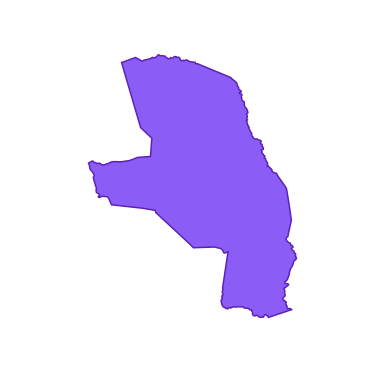 outline of Talanga, Francisco Morazán, Honduras, rotated 68°
{"feature_id": "27666195B86037952896272", "entity_name": "Talanga", "entity_type": "district", "adm_level": 2, "iso_a3": "HND", "parent_name": "Honduras", "parent_adm1": "Francisco Morazán", "projection": "natural_earth1", "projection_center": [-87.046, 14.389], "detail": "fine", "context": "isolated", "style": "filled", "palette": "violet", "viewbox_px": 384, "rotation_deg": 68, "n_neighbors": 0, "source": "geoboundaries", "source_scale": "gbopen_adm2", "svg_char_len": 6011}
<svg xmlns="http://www.w3.org/2000/svg" viewBox="0 0 384 384"><g transform="rotate(68 192 192)"><path d="M154.6,280.4L155.2,280.4L156.1,280.8L156.8,280.7L158.5,279.4L159.6,278.9L160.3,278.8L160.6,278.9L160.8,279.1L160.9,280.3L161.0,280.6L161.8,280.5L162.1,280.3L162.4,279.8L162.4,277.1L162.5,276.4L164.3,273.1L164.6,272.5L165.0,272.2L165.7,271.8L166.4,271.6L173.7,271.5L188.2,244.5L195.3,232.9L197.7,233.2L239.8,213.4L244.2,211.6L251.5,191.6L252.4,190.5L252.9,189.8L254.7,187.1L255.8,186.2L256.4,185.8L257.3,185.5L260.1,185.3L260.6,185.0L260.8,184.7L260.9,184.2L261.0,181.6L261.1,181.1L292.6,199.7L293.1,199.6L293.7,199.7L294.1,200.0L294.5,200.4L295.6,201.0L296.4,201.7L296.9,201.5L297.4,201.4L298.7,201.7L299.0,202.2L299.2,202.9L299.5,203.1L300.0,203.2L300.5,203.8L300.9,203.9L301.6,203.7L302.1,203.8L302.9,204.7L303.1,205.4L303.5,205.7L304.4,205.8L305.2,206.1L308.0,206.5L308.5,206.4L308.8,206.2L310.2,206.1L310.5,205.9L311.2,204.9L312.6,204.3L312.7,204.0L312.8,203.4L313.0,202.9L313.3,202.6L313.6,202.7L313.1,200.6L313.6,200.3L314.0,199.7L314.0,198.9L313.8,197.7L314.1,197.3L314.1,196.1L314.4,195.7L314.7,194.9L315.1,194.4L315.4,193.9L315.5,192.5L316.0,191.4L316.6,190.6L316.8,189.5L317.1,188.6L317.7,187.8L318.0,187.6L318.6,187.5L319.0,187.1L319.6,186.1L319.8,185.8L320.9,183.6L321.2,183.3L323.0,182.5L323.1,182.1L323.3,181.3L323.6,181.0L325.0,181.2L326.5,180.9L327.4,181.5L328.1,181.7L328.8,181.6L329.5,181.3L330.1,180.7L330.4,180.1L330.5,179.7L330.4,178.4L330.5,178.1L331.0,177.7L331.9,177.3L332.5,176.8L333.5,176.1L333.9,175.6L334.1,174.2L334.7,173.1L334.7,172.8L334.6,172.4L333.6,171.4L333.4,171.1L333.3,170.5L333.3,169.6L333.7,169.3L334.7,169.0L335.4,168.2L336.9,168.1L338.4,143.7L337.9,143.8L336.9,144.5L336.5,145.3L336.1,146.8L335.8,147.2L334.5,147.3L333.9,146.8L333.5,146.7L330.7,147.0L330.2,146.7L329.8,146.0L329.4,145.9L329.0,146.0L327.5,146.8L327.0,147.2L326.1,147.7L325.3,147.9L324.8,147.9L324.5,147.7L324.2,147.2L323.4,145.0L322.5,144.2L321.0,144.1L319.2,143.4L318.2,142.9L316.5,143.2L316.1,143.1L315.9,142.9L315.6,142.4L315.7,141.7L315.7,141.2L315.0,139.9L314.6,137.9L314.4,137.5L314.1,137.2L313.7,137.1L313.3,137.3L313.1,137.5L311.9,139.4L310.9,140.0L310.7,140.1L310.1,139.2L309.0,136.4L306.8,134.5L305.9,133.5L305.1,133.0L304.1,132.5L303.3,131.8L302.1,131.0L300.4,129.6L298.5,127.2L296.8,125.3L295.2,124.4L294.6,123.8L294.1,123.0L293.5,121.0L292.9,120.4L292.2,119.9L291.5,119.8L291.0,120.2L290.5,120.3L288.8,119.3L288.1,119.1L286.4,119.9L285.3,119.7L284.9,119.7L284.5,119.9L283.9,120.4L282.6,121.1L281.9,121.2L281.7,121.1L281.6,120.9L281.2,119.2L280.5,119.0L279.1,119.2L278.7,119.6L278.4,120.1L278.1,120.3L276.8,120.0L276.4,120.0L275.8,120.4L275.3,121.1L273.5,122.1L271.9,122.5L271.2,122.4L270.5,122.2L269.9,121.6L269.7,121.2L269.2,119.7L267.1,118.5L255.3,110.4L239.8,106.6L224.6,103.2L221.6,103.5L209.7,106.3L206.1,106.8L205.5,107.9L204.6,108.9L203.5,109.7L202.6,110.0L201.4,109.6L200.7,109.7L198.1,111.0L196.7,111.5L196.7,111.9L196.6,112.2L196.4,112.4L196.1,112.6L195.7,112.5L195.3,111.9L194.0,111.2L192.1,111.3L190.2,111.7L188.3,111.3L188.1,111.6L187.7,112.2L187.4,112.3L186.8,111.9L186.2,111.2L185.7,111.0L185.4,111.2L184.7,111.8L183.2,111.9L182.7,112.1L182.3,112.5L181.7,112.6L181.4,112.5L181.1,112.1L180.6,111.9L179.5,112.2L179.2,112.1L179.0,111.7L179.0,111.2L179.2,109.9L178.8,109.7L178.2,109.5L177.3,109.4L175.7,109.7L173.9,109.2L173.1,110.2L172.8,110.3L171.9,110.0L171.1,108.9L170.7,108.9L170.1,109.1L169.5,109.5L168.5,111.0L167.9,111.3L167.2,111.8L166.8,112.5L166.6,113.6L166.1,114.1L165.0,114.8L163.1,115.1L162.0,115.5L161.4,115.4L160.4,114.8L159.9,114.7L157.9,115.2L156.0,115.1L154.2,115.6L153.8,115.5L153.3,114.8L152.9,115.0L151.6,115.0L151.3,115.1L151.1,115.4L150.9,115.4L149.7,115.1L148.5,115.1L147.5,114.7L146.4,115.1L146.2,114.8L146.1,113.7L145.8,113.5L144.8,113.8L144.5,113.8L144.1,113.6L143.5,112.9L142.8,112.5L140.0,112.0L139.9,111.8L139.7,110.8L139.2,110.3L138.8,110.2L137.7,110.3L136.2,110.1L135.0,110.2L134.5,110.3L134.0,110.7L133.6,110.9L132.4,111.0L131.4,110.9L130.2,110.6L128.6,110.0L127.8,110.0L127.3,110.1L126.2,111.1L125.6,111.3L124.3,111.1L123.7,110.7L121.8,110.5L121.4,110.2L121.0,109.4L120.6,109.2L120.2,109.3L119.7,109.6L119.4,109.9L118.6,110.8L118.2,111.1L117.7,111.0L117.6,110.8L117.6,110.4L117.7,109.8L117.6,109.2L117.5,108.8L117.2,108.6L116.5,108.8L114.1,110.2L112.5,109.6L110.9,110.0L107.7,109.7L106.0,110.4L101.8,112.7L100.9,112.9L100.3,113.3L75.1,138.9L74.9,139.7L74.5,140.3L74.0,140.7L73.0,140.4L72.9,140.5L72.3,141.7L71.5,143.0L70.4,145.1L69.0,146.2L68.5,146.8L67.9,147.0L67.2,148.6L67.3,149.1L67.4,149.5L67.4,149.9L66.6,150.7L66.8,151.7L66.7,152.1L65.8,152.8L65.5,153.2L65.2,153.4L64.9,153.4L64.3,153.2L63.7,153.2L62.9,153.4L62.2,153.8L61.9,154.1L61.6,155.4L61.4,155.8L61.1,156.1L60.8,156.0L60.7,156.0L60.5,156.5L59.9,157.2L59.8,157.6L60.5,159.3L60.6,159.9L60.4,160.6L59.4,161.6L59.8,162.3L59.9,162.6L59.9,163.1L59.7,163.6L59.1,164.4L58.1,165.1L57.6,165.6L57.2,165.8L56.3,166.0L55.8,166.2L55.5,166.7L54.9,168.2L54.3,168.7L54.1,169.6L53.9,170.3L53.5,170.7L52.6,171.1L52.3,171.7L52.2,172.2L52.9,173.3L53.6,175.6L53.4,177.0L52.5,178.0L52.3,178.3L52.7,180.2L52.6,182.0L52.6,182.8L52.2,184.4L51.8,186.9L51.8,187.4L52.0,188.4L52.0,188.9L51.8,189.3L46.1,194.0L45.6,208.8L113.0,215.5L127.1,209.1L143.5,217.2L139.5,229.7L139.5,231.1L139.6,234.5L139.3,239.3L138.8,240.6L137.9,244.7L136.9,247.8L135.2,251.5L134.5,253.3L134.2,254.3L133.9,255.7L134.3,256.4L134.2,256.7L133.9,257.0L134.2,258.5L134.0,260.0L133.9,263.6L133.0,265.2L130.3,267.3L130.2,267.9L130.3,268.5L130.3,268.8L130.2,269.2L130.0,269.5L128.6,270.3L128.4,270.7L128.3,271.3L128.1,271.6L127.8,271.8L126.6,272.1L126.3,272.3L126.1,272.5L125.9,273.3L126.2,275.1L126.3,276.8L126.4,277.1L126.5,277.2L127.8,277.1L128.6,277.1L131.4,277.8L132.8,277.9L133.3,277.8L136.1,276.8L138.7,276.4L139.5,276.4L140.3,276.7L141.0,277.4L141.4,277.9L141.8,278.2L143.1,278.2L144.3,278.5L145.6,278.7L147.3,278.6L149.6,279.1L152.0,279.1L153.4,279.6L154.6,280.4Z" fill="#8b5cf6" stroke="#5b21b6" stroke-width="1.5"/></g></svg>